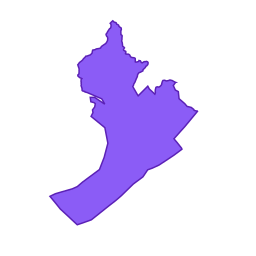 Santa Cruz Xitla, Oaxaca, Mexico (Albers equal-area conic projection), rotated 9°
{"feature_id": "50627088B78540984187626", "entity_name": "Santa Cruz Xitla", "entity_type": "district", "adm_level": 2, "iso_a3": "MEX", "parent_name": "Mexico", "parent_adm1": "Oaxaca", "projection": "albers", "projection_center": [-96.682, 16.337], "detail": "fine", "context": "isolated", "style": "filled", "palette": "violet", "viewbox_px": 256, "rotation_deg": 9, "n_neighbors": 0, "source": "geoboundaries", "source_scale": "gbopen_adm2", "svg_char_len": 3959}
<svg xmlns="http://www.w3.org/2000/svg" viewBox="0 0 256 256"><g transform="rotate(9 128 128)"><path d="M161.9,74.0L160.9,74.6L160.5,74.8L159.5,75.2L159.4,75.2L158.7,75.5L157.8,75.4L157.6,75.3L156.8,75.1L156.0,75.3L155.2,75.5L154.9,75.9L154.6,77.1L154.5,77.8L154.4,78.6L154.4,79.8L154.0,80.7L153.5,81.4L153.1,82.0L152.4,82.5L152.1,82.7L151.4,82.8L150.9,82.7L150.1,82.9L149.4,83.3L149.2,83.7L149.0,86.1L149.1,86.9L149.1,87.4L149.2,87.6L149.5,88.7L149.4,89.7L149.2,90.4L145.9,88.1L144.8,87.4L142.9,86.1L141.5,84.2L141.0,83.6L138.9,86.5L133.0,94.6L131.6,93.0L126.7,86.9L126.2,86.2L126.4,85.8L126.7,85.2L126.8,84.3L126.9,83.4L127.4,82.4L127.7,81.6L127.9,80.8L128.0,80.1L128.1,79.8L128.2,79.4L128.3,79.0L128.5,78.0L128.8,77.1L129.1,76.0L129.2,75.2L129.1,74.1L129.4,73.3L129.7,72.5L130.2,71.7L131.6,70.9L132.8,70.0L133.8,69.2L133.7,68.1L133.9,67.8L134.2,67.5L134.8,66.6L135.4,65.9L135.8,65.1L136.0,64.2L136.4,64.0L136.5,63.9L137.0,63.4L137.2,62.8L137.6,62.4L137.7,61.7L137.7,60.7L137.5,60.0L136.8,59.5L135.8,59.3L134.9,59.7L134.3,59.8L133.8,59.9L133.2,60.2L132.4,61.0L131.8,61.4L131.7,61.4L130.9,61.2L130.6,60.9L130.2,60.3L129.7,59.7L129.0,59.7L128.3,59.6L128.2,60.1L128.0,60.6L127.6,60.9L126.9,61.2L126.2,61.5L125.6,61.7L124.8,61.5L124.8,60.8L124.7,60.5L124.6,60.1L124.5,59.4L124.4,58.7L124.3,58.3L123.9,57.9L123.7,57.9L123.2,57.7L122.8,57.7L122.2,57.7L121.6,57.7L121.1,57.8L120.6,57.7L120.0,57.5L119.5,57.3L119.1,56.9L118.8,56.5L118.6,56.0L117.9,55.4L117.4,55.2L116.9,55.0L116.2,55.1L115.2,55.2L114.6,55.3L113.9,55.0L114.0,54.4L114.0,53.8L114.0,53.1L113.7,52.6L113.1,52.4L112.6,52.4L111.6,51.9L111.3,51.5L111.3,51.1L111.5,50.6L111.6,50.1L112.0,49.4L111.4,48.8L110.8,48.5L110.0,48.1L109.7,47.3L109.4,46.1L109.3,45.8L109.1,45.0L108.9,44.6L108.7,44.0L108.2,43.4L108.1,42.4L108.2,41.8L108.1,41.1L108.0,40.3L107.9,39.6L107.9,38.7L107.7,37.6L107.2,37.2L106.4,36.9L106.4,36.5L106.2,35.8L106.0,34.8L105.9,34.1L105.8,33.5L105.7,32.9L106.0,32.3L106.0,31.6L105.8,30.9L105.5,30.2L104.9,29.9L104.1,29.6L103.2,29.1L103.0,28.7L102.8,28.1L102.3,27.7L101.5,27.4L100.6,27.2L100.2,26.6L99.7,25.8L99.2,25.7L98.2,25.7L97.7,25.5L97.1,25.1L96.2,24.5L95.1,25.8L94.5,26.7L94.0,27.4L94.8,28.1L95.1,28.8L95.3,29.8L95.3,30.7L95.3,31.3L95.0,32.2L94.2,32.9L92.9,35.8L92.6,36.6L92.4,37.4L91.7,38.6L91.7,39.2L92.3,40.3L92.8,40.9L93.6,41.5L94.0,42.9L94.1,44.8L93.5,46.6L92.9,47.8L92.7,48.2L91.7,49.0L91.0,49.7L89.7,50.9L88.9,51.8L88.4,53.3L88.0,53.5L87.1,53.9L86.3,54.2L85.3,54.5L84.2,54.9L83.2,55.8L82.5,56.0L82.0,56.2L80.9,56.6L80.8,58.3L80.8,59.6L80.1,60.7L79.3,61.7L77.6,62.6L77.4,62.7L76.4,63.3L75.7,63.5L75.1,63.7L75.1,63.8L74.3,65.1L73.2,66.5L72.6,67.8L72.0,68.6L70.8,69.9L69.8,70.9L69.3,72.0L68.9,72.8L68.5,73.4L69.4,75.2L70.2,76.7L70.4,77.1L70.5,77.5L70.7,79.2L70.8,79.5L71.1,82.2L70.2,83.4L70.3,84.4L70.6,84.6L71.9,85.5L72.4,85.8L74.7,86.4L74.1,87.6L74.4,89.8L74.7,90.0L74.7,91.1L75.1,92.4L75.0,93.5L75.7,94.8L76.4,96.2L76.8,98.1L77.3,98.5L78.0,98.5L78.6,98.6L79.5,98.7L79.5,99.0L80.7,99.2L80.9,99.3L81.7,99.3L81.9,99.3L97.5,103.3L99.0,105.1L101.3,108.1L90.3,103.0L87.3,103.4L85.9,103.6L87.2,107.9L90.6,108.3L91.9,109.1L91.8,112.5L91.1,113.8L90.1,115.7L91.0,118.3L89.7,122.3L105.1,131.3L107.6,138.2L110.5,146.2L109.2,159.2L109.1,160.5L106.3,173.5L91.7,188.4L87.1,193.8L82.5,196.8L72.0,201.7L66.5,204.3L61.6,207.7L69.1,214.3L73.8,218.6L84.0,225.4L86.0,226.8L93.0,231.5L98.0,228.9L106.2,224.4L113.6,216.3L120.8,208.4L127.0,201.8L132.1,195.8L142.0,182.5L150.4,173.9L154.0,166.2L158.2,163.9L164.5,159.7L177.6,147.7L184.6,140.5L184.1,139.6L178.7,134.6L176.6,132.8L175.5,131.8L175.1,131.4L180.6,122.8L183.8,117.9L194.0,100.7L194.4,100.2L194.2,100.3L193.7,100.5L191.8,100.4L190.7,100.3L190.5,100.2L190.4,99.9L190.2,99.6L190.1,99.4L187.3,97.8L184.3,97.5L183.1,97.5L181.9,96.5L181.2,95.9L180.3,95.1L173.9,91.1L173.8,90.9L172.0,84.2L171.7,84.1L169.8,83.4L168.9,83.2L166.1,79.0L167.8,75.6L168.0,75.5L167.4,75.4L164.2,74.2L161.9,74.0Z" fill="#8b5cf6" stroke="#5b21b6" stroke-width="1.5"/></g></svg>